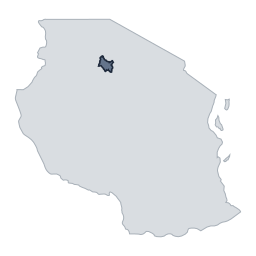 Maswa, Simiyu, United Republic of Tanzania shown in context
{"feature_id": "72390352B27931879401730", "entity_name": "Maswa", "entity_type": "district", "adm_level": 2, "iso_a3": "TZA", "parent_name": "United Republic of Tanzania", "parent_adm1": "Simiyu", "projection": "albers", "projection_center": [33.824, -3.202], "detail": "fine", "context": "in_parent", "style": "filled", "palette": "slate", "viewbox_px": 256, "rotation_deg": 0, "n_neighbors": 0, "source": "geoboundaries", "source_scale": "gbopen_adm2", "svg_char_len": 6337}
<svg xmlns="http://www.w3.org/2000/svg" viewBox="0 0 256 256"><path d="M88.4,190.1L85.1,188.4L82.1,187.3L79.7,186.2L78.6,185.0L76.3,184.6L74.3,184.4L72.4,183.4L68.7,183.0L68.2,182.3L68.2,180.7L67.5,180.3L66.1,179.9L64.6,179.9L63.7,180.2L63.2,180.1L62.0,179.1L60.8,178.0L60.4,176.1L58.7,174.9L56.7,174.0L51.1,174.1L50.3,173.8L48.9,172.8L47.4,171.3L46.1,169.5L45.0,167.1L43.9,163.8L37.5,150.8L36.9,148.3L35.6,145.6L33.6,142.2L31.4,139.7L28.5,137.4L25.1,135.2L23.3,133.7L19.9,127.5L19.2,124.7L18.6,121.7L18.8,120.5L21.0,116.6L21.2,115.5L20.9,114.1L19.9,111.0L18.5,107.3L15.8,100.5L15.4,98.8L15.4,97.5L17.0,90.6L16.9,89.6L23.3,89.7L28.0,86.7L32.0,82.2L32.8,80.3L34.5,77.4L36.1,75.9L36.7,74.9L37.6,72.0L39.7,70.1L41.8,68.6L41.4,67.5L41.7,67.1L42.8,66.3L45.0,65.6L45.4,64.1L45.4,62.4L45.1,61.4L45.1,60.3L44.8,59.7L43.4,59.6L41.2,58.7L39.4,58.4L38.2,57.9L37.7,57.5L37.5,56.5L38.5,53.8L37.5,52.8L39.8,48.4L40.2,47.8L41.0,47.8L42.2,47.3L43.4,47.1L44.4,47.2L45.1,47.1L45.7,46.6L46.3,45.1L46.7,42.6L46.5,40.6L45.5,39.0L45.3,36.6L45.7,33.4L45.4,30.8L44.3,28.7L43.3,27.4L41.7,26.8L39.2,23.6L38.4,22.0L38.5,21.0L39.4,20.6L41.0,20.8L42.5,20.4L43.9,19.5L45.3,19.2L46.0,19.4L109.8,19.3L184.3,61.0L184.6,61.5L185.2,65.1L185.1,66.3L183.9,68.4L183.6,69.4L183.5,70.2L183.8,70.5L184.8,70.6L185.6,71.1L185.9,71.5L186.6,73.0L187.4,73.8L215.6,94.4L216.2,94.7L215.8,96.4L214.2,100.5L214.1,102.2L213.4,104.3L212.8,105.6L211.2,111.4L209.8,113.6L207.9,118.7L207.6,122.6L208.6,125.4L209.0,128.0L211.1,130.5L212.9,131.4L214.0,132.6L216.1,135.2L217.3,137.8L221.0,139.1L222.5,142.1L222.0,144.1L220.2,145.8L218.6,148.5L217.2,152.1L217.2,157.6L218.1,156.8L220.0,158.1L220.3,162.1L218.2,166.8L217.6,169.0L217.5,170.9L218.9,176.5L221.1,179.4L221.0,180.3L220.4,181.0L224.2,186.1L223.8,190.5L225.3,193.9L225.9,196.9L226.8,199.1L227.0,200.7L225.8,202.4L228.6,202.9L230.2,204.3L231.0,205.7L233.0,205.6L234.1,206.6L235.7,207.4L239.1,209.7L240.1,210.8L240.6,211.9L231.0,219.0L227.5,220.9L225.1,221.7L222.4,222.2L219.9,223.3L217.5,225.0L214.5,225.9L210.8,225.9L206.9,227.1L200.8,230.8L197.2,228.7L194.4,228.1L191.2,228.1L189.3,228.4L188.5,228.8L187.9,230.1L187.4,232.1L185.3,234.1L181.6,236.0L178.2,236.7L175.1,236.2L173.0,235.4L171.9,234.3L170.3,233.8L168.1,233.9L166.1,234.7L164.1,236.1L161.0,236.8L156.7,236.6L154.4,235.8L154.1,234.6L152.2,233.2L148.7,231.5L146.2,231.4L144.6,233.0L143.1,234.0L141.7,234.4L140.5,234.5L138.8,234.1L134.1,233.9L129.6,233.9L129.1,231.6L128.2,230.2L127.4,229.4L125.8,229.2L125.4,228.5L124.9,227.1L124.1,225.9L123.1,224.8L122.5,223.9L122.3,223.0L122.4,222.1L123.4,219.7L123.7,218.1L123.6,216.4L123.1,214.7L122.0,212.7L122.1,212.1L121.8,210.7L121.7,209.8L121.9,208.6L121.7,207.0L120.8,203.6L120.8,202.7L119.8,201.1L116.8,197.2L116.7,196.7L112.0,192.7L110.1,191.9L109.5,192.6L109.2,193.3L109.4,194.6L109.3,195.2L109.1,195.5L108.0,195.4L107.3,195.3L105.5,194.2L104.1,194.0L100.7,194.2L99.5,194.4L98.5,194.2L96.7,192.4L94.6,192.0L92.7,191.9L89.5,189.9L88.4,190.1ZM221.6,124.8L223.1,129.2L222.9,130.0L221.8,130.5L221.3,130.5L220.6,129.8L220.1,128.4L219.3,128.7L217.9,126.9L216.5,126.9L215.2,124.8L215.7,123.0L215.5,119.9L217.0,118.3L217.9,115.6L218.8,117.4L219.0,120.3L220.3,123.6L221.6,124.8ZM229.2,99.1L229.3,100.1L229.0,101.1L229.1,104.2L228.9,106.2L227.8,109.0L226.8,110.0L226.0,109.7L225.3,109.2L224.7,108.5L225.9,103.3L225.3,99.5L227.5,99.9L229.2,99.1ZM225.8,161.5L224.7,161.7L224.2,161.5L223.6,160.6L224.7,159.9L225.9,158.5L228.5,156.5L229.8,154.8L229.6,156.4L228.0,159.9L226.8,160.2L225.8,161.5Z" fill="#d9dde1" stroke="#a8b0b8" stroke-width="1"/><path d="M98.5,66.1L98.9,66.2L99.0,66.2L99.3,66.1L99.7,65.9L99.8,65.9L100.0,65.8L100.3,65.8L100.5,65.7L100.7,65.8L100.8,65.7L101.0,65.8L101.2,65.7L101.3,65.8L101.6,66.3L101.7,66.5L101.9,66.8L102.2,67.1L102.3,67.4L102.4,67.5L102.5,67.5L102.8,67.8L103.2,68.2L103.4,68.3L103.5,68.4L103.5,68.6L103.5,68.8L103.5,69.0L103.8,69.3L104.1,69.4L104.5,69.6L104.5,69.8L104.6,70.1L104.6,70.4L104.6,70.6L104.7,70.8L104.8,70.9L104.9,71.0L105.1,71.0L105.3,71.3L105.4,71.2L105.5,71.3L105.6,71.5L105.6,71.4L105.7,71.2L105.8,71.2L106.0,71.0L106.0,70.8L106.2,70.7L106.4,70.6L106.5,70.3L106.5,70.2L106.7,69.9L106.8,70.0L107.0,70.2L107.1,70.3L107.3,70.3L107.9,70.2L108.1,70.1L108.3,69.9L108.3,70.0L108.5,70.3L108.6,70.5L108.9,70.7L109.0,70.7L109.1,70.8L109.1,70.7L109.1,70.8L109.3,70.9L109.5,70.9L109.6,71.1L109.8,71.3L109.8,71.5L110.0,71.6L110.3,71.9L110.4,72.1L111.5,72.1L111.5,71.9L111.5,71.5L111.5,71.4L111.6,71.2L111.8,71.1L111.9,70.9L111.8,70.6L111.6,70.6L111.6,70.4L111.7,70.2L111.8,69.9L111.7,69.5L111.6,69.3L111.6,69.2L111.9,69.1L112.0,69.0L112.1,68.9L112.2,68.7L112.3,68.6L112.4,68.3L112.5,68.3L112.5,68.2L112.6,67.9L112.7,67.7L112.7,67.4L112.6,67.2L112.6,66.9L112.4,66.5L112.2,66.4L112.0,66.2L112.0,65.9L111.8,65.9L111.7,65.8L111.6,65.7L111.4,65.5L111.2,65.2L111.2,64.8L111.4,64.7L111.7,64.6L111.8,64.5L111.7,64.3L111.8,64.2L112.3,63.5L112.9,62.7L113.2,62.4L113.3,62.3L113.1,62.1L112.9,61.8L112.9,61.6L112.5,61.2L112.4,60.9L112.4,60.7L112.2,60.7L112.2,60.8L112.1,61.0L111.9,61.1L111.7,61.2L111.5,61.3L111.4,61.3L111.3,61.5L111.2,61.5L110.9,61.7L110.9,61.8L111.0,61.8L110.9,61.8L110.7,61.9L110.4,61.8L110.2,61.8L110.3,61.9L110.3,62.0L110.2,62.0L109.9,62.0L109.8,61.9L109.7,61.9L109.7,62.0L109.5,61.9L109.4,62.0L109.4,61.9L109.4,62.0L109.3,61.9L109.2,62.0L109.1,61.9L108.9,61.8L108.7,61.8L108.4,61.8L108.4,61.7L108.2,61.7L107.7,61.5L107.6,61.4L107.4,61.4L107.2,61.3L106.9,61.2L106.6,60.9L106.6,61.0L106.3,60.9L106.1,60.7L106.0,60.4L106.0,60.5L105.9,60.4L105.9,60.2L105.7,60.2L105.4,60.1L105.2,60.0L105.0,59.9L104.9,59.9L104.8,59.7L104.7,59.6L104.4,59.4L104.2,59.2L104.1,58.9L104.2,58.7L103.9,58.4L103.7,58.3L103.7,58.2L103.6,57.8L103.5,57.7L103.4,57.7L103.2,57.4L103.3,57.3L103.2,57.2L103.2,56.9L103.3,56.7L103.3,56.4L103.1,56.3L102.9,56.2L102.6,56.0L102.5,55.9L102.4,55.9L102.4,56.0L102.0,56.2L101.6,56.4L101.6,56.7L101.4,56.6L101.2,56.6L101.0,56.8L101.0,57.0L100.9,57.1L100.6,57.3L100.4,57.4L100.1,57.7L100.1,58.3L100.4,58.4L100.6,59.4L100.6,59.8L100.5,60.0L100.2,60.1L100.0,60.4L100.0,60.5L100.0,60.9L99.9,60.8L99.8,61.0L99.7,61.3L99.8,61.6L99.9,61.8L99.8,62.1L99.8,62.4L99.7,62.6L99.8,62.7L99.8,62.8L99.7,62.9L99.7,63.1L99.7,63.3L99.6,63.6L99.5,63.8L99.3,63.8L99.2,63.9L98.9,64.1L98.8,64.3L98.8,64.5L98.8,64.8L98.8,65.2L98.9,65.5L98.6,65.9L98.5,66.1Z" fill="#64748b" stroke="#1e293b" stroke-width="1.5"/></svg>